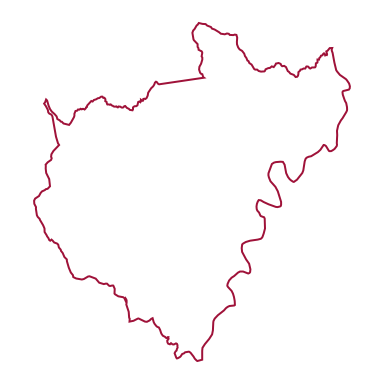 the district of Ansermanuevo, Valle del Cauca, Colombia
{"feature_id": "7082276B75435633270321", "entity_name": "Ansermanuevo", "entity_type": "district", "adm_level": 2, "iso_a3": "COL", "parent_name": "Colombia", "parent_adm1": "Valle del Cauca", "projection": "equal_earth", "projection_center": [-76.033, 4.79], "detail": "fine", "context": "isolated", "style": "outline", "palette": "rose", "viewbox_px": 384, "rotation_deg": 0, "n_neighbors": 0, "source": "geoboundaries", "source_scale": "gbopen_adm2", "svg_char_len": 5860}
<svg xmlns="http://www.w3.org/2000/svg" viewBox="0 0 384 384"><path d="M332.2,48.0L329.7,48.1L327.6,50.7L326.3,51.4L327.1,54.2L326.8,55.1L325.9,55.0L325.2,55.4L324.6,53.7L324.0,53.3L323.3,53.8L322.4,55.3L321.0,55.7L320.3,57.2L319.4,57.9L319.0,59.6L317.5,59.5L317.5,62.2L317.3,62.7L315.9,63.3L315.7,66.2L315.3,67.1L314.9,67.4L311.9,67.5L310.4,68.5L309.6,68.3L308.3,66.7L306.9,66.4L306.3,66.6L305.3,68.5L303.5,68.5L302.2,69.3L300.5,69.6L300.1,70.6L298.4,72.2L298.4,73.9L298.0,75.7L297.1,76.8L295.6,77.0L293.8,74.9L290.4,73.6L288.9,71.8L287.8,71.1L286.0,67.1L284.2,65.9L282.2,66.2L281.3,65.4L280.6,63.9L278.6,63.0L275.9,63.6L275.5,64.7L273.7,67.1L271.8,66.4L269.8,68.0L268.3,68.1L265.6,69.3L265.0,70.8L264.3,71.4L261.0,71.6L258.7,71.0L257.1,69.6L255.2,69.6L254.2,69.0L251.6,64.6L249.3,63.0L248.5,61.1L247.4,60.5L246.4,58.0L245.0,56.1L244.2,53.6L242.1,50.9L239.6,49.4L238.2,47.5L237.0,44.3L236.9,41.8L237.2,37.6L236.4,34.9L234.8,34.6L233.3,35.1L229.7,34.9L228.8,33.8L227.0,33.5L224.8,34.3L220.8,33.7L219.2,32.3L214.6,29.5L212.0,28.6L210.9,27.0L207.2,25.6L205.6,24.1L202.5,23.9L198.8,23.0L197.6,24.8L196.7,25.4L194.6,29.0L193.2,30.5L192.4,32.8L193.5,39.4L193.9,40.2L197.6,44.1L197.6,46.9L198.4,48.1L198.6,49.8L201.6,51.3L202.2,52.3L202.2,53.3L201.6,56.4L202.3,57.5L202.3,59.6L201.1,63.7L199.4,66.8L199.1,69.6L200.1,72.7L201.1,73.8L202.3,74.2L203.2,77.1L204.0,77.7L159.1,84.3L158.1,83.8L156.6,81.9L155.9,81.7L154.9,82.7L154.3,84.5L153.2,86.3L151.1,88.3L148.2,92.7L147.7,95.6L146.6,98.0L145.4,99.0L144.3,98.7L143.3,99.0L143.2,100.4L142.9,100.8L142.4,100.8L141.0,99.8L141.1,101.1L140.5,102.0L140.1,101.4L139.7,101.9L139.1,101.6L138.2,102.0L137.4,105.4L136.1,106.2L134.8,106.2L133.6,106.8L133.0,107.5L133.0,109.3L132.5,110.3L129.9,109.9L128.8,108.8L126.9,107.9L125.2,106.0L124.3,106.2L123.6,107.1L122.8,107.6L121.5,107.5L120.4,106.7L118.5,106.5L118.0,107.3L117.4,107.3L116.3,106.4L115.0,106.7L113.5,106.4L112.8,105.8L111.9,105.5L110.7,104.4L109.9,104.8L108.9,104.4L107.4,104.5L107.0,103.9L106.5,101.8L105.3,101.2L105.4,99.2L104.7,98.1L104.1,97.7L103.3,97.9L102.5,96.7L101.1,96.7L99.3,98.0L97.7,98.3L96.2,99.3L93.9,100.0L92.6,101.5L91.3,101.0L87.2,105.5L86.9,107.0L86.0,107.4L85.8,108.3L84.6,109.5L83.5,108.9L82.6,109.1L82.2,108.9L81.5,109.3L80.5,108.8L79.5,109.6L78.0,109.5L77.3,110.6L75.5,111.0L74.4,113.8L74.4,115.8L73.9,117.3L70.8,122.8L69.1,124.9L63.5,123.5L61.9,121.8L60.8,121.6L59.7,120.3L57.4,119.1L56.6,116.4L54.6,114.1L51.8,111.6L50.1,109.2L48.6,105.7L47.1,100.5L46.1,99.5L45.1,102.3L44.1,103.6L45.8,106.0L47.8,109.8L48.3,112.4L49.3,113.6L51.4,114.6L52.4,116.3L56.0,136.7L58.0,143.3L59.1,145.0L53.4,151.0L51.4,154.3L51.1,156.8L51.7,158.2L51.1,159.9L47.7,162.3L45.6,164.7L45.8,165.7L45.7,168.6L46.2,173.0L49.2,179.1L50.0,186.3L47.6,188.8L45.8,189.2L44.8,190.1L42.0,191.4L40.6,193.0L39.0,196.0L35.1,198.6L34.1,200.7L34.3,203.8L36.0,207.1L35.9,208.8L36.9,215.3L37.8,217.0L39.6,218.8L39.9,219.8L43.1,225.2L44.5,228.5L44.6,232.0L46.6,235.2L47.2,236.5L48.3,237.9L49.3,240.1L50.2,240.7L51.5,239.6L52.6,240.6L54.2,242.5L57.0,243.5L58.2,244.6L58.9,247.5L60.7,249.6L61.0,250.9L62.7,253.0L64.4,257.0L66.8,259.4L66.9,261.2L68.8,267.7L70.8,272.5L72.9,275.1L73.3,277.1L76.2,278.5L81.9,279.5L83.9,279.0L88.1,276.5L89.6,276.3L95.7,278.6L99.2,282.7L103.8,284.1L105.9,283.6L107.1,283.7L108.9,285.6L110.0,286.0L112.3,285.5L113.3,285.6L114.7,288.8L114.5,293.6L115.1,294.3L118.3,296.3L123.1,297.2L124.3,298.0L125.3,300.2L125.7,298.6L126.3,299.5L126.6,300.6L126.6,302.8L126.3,304.5L128.7,311.8L129.1,317.1L129.2,317.9L129.7,318.7L129.5,321.6L133.5,320.8L137.8,318.6L138.6,318.5L145.0,321.6L146.9,321.8L149.5,320.5L151.3,318.8L152.6,318.2L153.7,322.1L154.5,323.7L156.2,325.9L157.2,326.8L158.9,327.5L160.1,329.9L161.3,333.5L162.8,335.7L165.1,336.9L165.8,337.7L166.6,338.1L167.8,337.1L168.4,337.1L168.3,337.7L168.6,338.8L167.2,340.8L167.5,342.5L168.2,343.7L169.9,344.3L171.0,343.2L172.4,344.3L173.8,344.5L176.0,343.4L176.9,343.8L177.5,345.2L177.4,346.4L177.6,347.6L176.8,349.2L176.6,350.5L175.5,351.5L174.6,353.2L176.2,357.5L176.8,358.4L177.6,358.3L179.8,357.1L180.6,356.4L182.2,354.0L183.9,353.4L185.1,352.3L188.6,351.7L189.3,351.8L190.6,352.8L193.5,356.5L194.8,358.7L196.8,360.7L197.4,361.0L202.2,359.7L202.2,350.7L202.5,347.8L204.9,344.1L209.2,338.9L212.1,334.4L212.9,330.4L213.3,322.2L213.5,321.0L214.7,318.6L217.9,315.2L224.0,310.4L225.9,308.2L227.6,306.9L229.5,306.0L234.2,305.5L234.9,305.0L234.7,301.0L234.0,297.1L233.0,293.7L231.6,290.9L228.0,287.0L227.3,285.8L227.6,283.9L229.1,280.5L231.6,277.7L234.2,276.0L238.0,272.6L240.1,271.5L243.0,271.5L248.2,273.5L249.4,273.0L250.1,272.1L250.4,269.3L249.1,263.7L246.1,259.4L242.1,251.9L241.7,248.1L242.2,244.4L243.2,243.5L245.8,242.0L250.1,240.7L257.7,239.6L260.8,238.8L261.8,237.9L262.5,236.9L263.7,233.5L265.0,228.5L264.7,218.6L264.1,217.3L260.9,216.1L260.4,215.6L259.1,212.6L257.3,210.6L256.7,209.0L256.5,206.5L256.9,203.9L257.8,201.5L258.7,200.1L260.8,200.3L263.6,202.0L268.6,204.3L275.8,206.9L277.5,207.1L280.0,206.5L280.8,205.9L281.1,204.8L281.1,201.9L277.8,191.3L275.4,186.8L270.5,181.3L268.9,177.4L268.4,175.2L268.5,173.2L271.9,164.0L274.0,162.6L275.9,162.1L280.6,161.7L282.9,161.9L284.6,164.7L286.2,173.2L288.0,177.0L289.7,179.2L291.2,180.5L293.4,181.9L293.9,181.9L297.0,179.7L302.3,173.0L303.3,170.4L304.7,161.4L305.6,158.8L306.6,157.7L308.5,156.8L311.2,156.2L317.9,152.1L320.4,149.8L323.6,145.0L324.6,145.1L326.0,146.1L328.8,150.7L329.3,151.1L331.1,151.1L332.5,150.4L334.6,148.9L336.7,146.1L337.0,144.8L336.8,143.1L337.2,135.1L337.0,130.8L338.0,126.2L338.3,125.1L340.9,120.4L342.5,118.3L346.2,112.2L347.0,110.5L347.1,109.6L347.0,107.1L346.2,103.1L345.0,101.0L344.3,99.1L342.8,94.7L342.5,92.4L342.7,91.6L343.3,91.0L348.9,89.6L349.7,88.4L349.9,86.3L349.1,83.5L346.8,80.1L345.9,79.1L339.9,74.9L337.0,71.4L336.2,70.1L334.4,62.6L332.6,52.9L331.8,50.7L331.7,49.5L332.2,48.0Z" fill="none" stroke="#9f1239" stroke-width="2"/></svg>